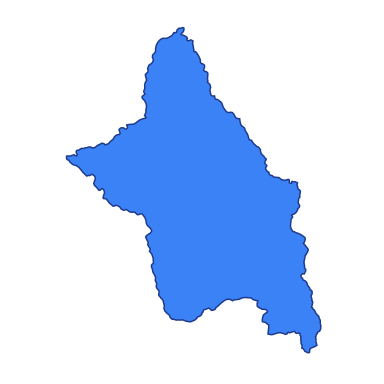 Vilcas Huaman, Ayacucho, Peru, rotated 178°
{"feature_id": "86281439B2883679079046", "entity_name": "Vilcas Huaman", "entity_type": "district", "adm_level": 2, "iso_a3": "PER", "parent_name": "Peru", "parent_adm1": "Ayacucho", "projection": "mercator", "projection_center": [-73.905, -13.674], "detail": "fine", "context": "isolated", "style": "filled", "palette": "blue", "viewbox_px": 384, "rotation_deg": 178, "n_neighbors": 0, "source": "geoboundaries", "source_scale": "gbopen_adm2", "svg_char_len": 5883}
<svg xmlns="http://www.w3.org/2000/svg" viewBox="0 0 384 384"><g transform="rotate(178 192 192)"><path d="M314.1,228.2L313.0,226.2L310.2,223.6L306.6,222.4L303.9,220.3L300.3,215.4L296.6,211.6L294.9,212.2L293.6,212.0L292.1,212.9L291.1,213.1L288.6,211.1L288.2,209.9L288.3,208.3L289.9,204.0L289.2,201.9L287.3,200.1L284.9,196.9L283.8,197.0L281.9,198.6L281.4,198.5L280.6,197.8L279.8,196.4L279.5,195.0L279.6,193.8L280.8,190.7L281.0,189.1L280.4,188.4L278.7,188.4L277.6,187.6L275.0,183.9L271.4,180.6L270.6,180.6L268.5,181.3L267.2,181.1L264.8,179.7L263.5,177.6L261.5,176.4L260.8,176.1L258.1,176.8L255.2,174.4L253.7,174.0L249.8,173.8L247.8,171.5L246.7,171.1L244.2,172.0L242.6,171.8L240.0,168.2L238.9,164.8L238.8,162.5L237.9,160.3L235.1,157.4L234.1,156.0L233.7,154.6L233.8,154.0L235.1,152.4L238.5,150.4L239.9,148.8L239.3,146.9L237.7,143.7L237.7,142.3L238.1,141.4L237.8,140.1L235.8,136.8L236.0,135.5L236.6,134.3L234.4,131.4L233.2,127.6L233.0,122.7L233.3,122.1L234.9,120.6L235.2,119.1L234.1,115.3L233.9,113.4L231.9,109.6L231.4,107.8L231.8,104.9L230.4,101.4L231.0,99.8L230.8,97.5L228.4,94.2L228.4,93.0L228.9,90.6L228.7,89.6L227.4,88.2L227.0,87.2L225.3,85.7L224.5,83.6L223.6,79.2L224.1,76.8L223.4,74.2L221.5,71.9L219.2,69.9L218.6,69.1L218.3,67.5L216.3,65.4L215.2,65.6L212.0,64.5L210.9,64.7L207.9,64.4L206.0,64.6L201.9,62.9L198.0,62.3L193.5,64.0L191.8,65.4L190.4,67.3L188.9,67.4L187.3,68.5L186.3,69.8L186.3,70.8L185.1,71.8L185.1,72.5L184.2,73.9L181.2,74.7L179.6,75.4L179.0,75.3L176.6,73.0L173.5,73.6L172.7,74.3L172.1,75.8L170.7,76.5L167.0,79.8L163.7,82.2L161.1,83.5L158.6,83.5L156.7,82.9L155.3,81.9L153.6,82.7L148.4,83.2L145.4,84.5L142.2,84.7L137.0,84.1L135.9,83.6L135.1,82.6L133.9,82.0L130.0,80.9L130.8,78.3L130.8,76.0L130.7,75.4L129.2,74.2L126.1,72.4L122.2,72.0L121.0,70.5L120.8,69.7L121.2,69.1L123.0,68.1L125.0,66.5L126.1,62.8L126.3,60.7L126.1,59.9L123.2,59.1L119.8,56.1L121.0,47.4L118.3,46.7L116.5,46.7L112.3,47.9L110.0,48.3L108.5,48.3L105.9,47.5L103.4,46.4L101.8,47.1L101.5,48.1L100.5,48.5L99.9,47.9L98.9,48.0L94.8,49.2L94.3,49.1L93.3,47.4L92.7,47.1L89.3,47.2L89.0,45.3L88.2,43.4L88.5,40.5L88.2,39.5L88.3,36.7L87.2,34.4L87.7,32.2L86.1,31.3L84.7,28.8L81.7,27.3L80.8,27.3L80.2,27.7L79.7,30.6L78.7,31.8L74.5,33.3L72.5,34.4L73.4,38.2L73.2,41.3L73.8,42.9L73.1,43.5L72.8,45.0L71.9,45.9L71.5,47.2L70.4,48.1L69.4,48.3L68.1,50.9L68.2,52.1L67.8,53.2L68.4,56.2L68.3,59.3L69.4,61.7L69.5,63.0L70.3,64.1L71.1,64.4L71.4,65.3L72.7,66.9L73.0,68.1L74.0,69.9L75.0,70.4L75.4,71.8L76.6,72.7L75.8,74.9L75.7,76.2L75.1,77.3L75.6,78.3L75.5,79.0L76.2,79.7L75.9,80.9L76.6,83.2L76.6,84.3L75.7,85.6L75.4,86.8L75.7,87.5L75.4,88.0L75.5,88.6L76.0,89.5L77.4,90.1L77.6,91.7L80.1,95.3L80.2,96.9L80.8,98.0L81.9,99.2L84.2,100.3L84.5,101.8L85.7,103.0L86.1,103.8L85.7,105.4L84.4,106.5L82.8,106.1L81.1,109.3L81.0,110.4L82.2,112.4L82.1,114.0L82.6,118.1L81.4,122.6L81.4,124.1L80.0,125.7L79.4,127.0L78.6,128.0L77.9,130.2L78.0,130.9L82.4,136.9L81.4,138.1L80.5,140.5L80.6,142.3L81.9,143.6L85.6,146.2L90.1,148.0L90.9,148.6L92.7,149.1L94.3,152.0L94.8,154.5L93.9,161.4L92.3,163.4L92.6,164.3L93.4,165.2L92.8,165.8L90.5,166.5L88.3,168.4L87.0,170.7L86.9,171.8L85.7,172.5L85.1,173.5L84.9,174.8L86.0,176.7L86.2,178.1L85.5,182.0L84.3,183.2L84.5,184.8L83.6,189.0L84.4,190.3L85.6,191.0L86.3,192.5L86.2,193.9L86.6,194.6L86.8,195.9L86.2,197.5L88.5,198.6L91.6,199.0L91.9,198.9L92.2,197.3L93.5,197.3L94.5,198.1L94.3,200.3L94.7,201.1L95.9,201.2L98.6,200.4L102.0,201.1L104.6,203.4L109.5,204.0L111.5,205.7L113.0,206.0L113.8,206.6L114.3,207.7L114.5,209.1L116.0,210.0L116.9,211.1L117.7,213.1L117.6,213.8L116.4,215.3L116.3,215.9L118.3,218.1L117.8,220.4L116.9,221.4L116.7,222.4L117.6,223.1L119.2,225.5L121.3,227.5L122.0,229.6L122.2,232.0L123.2,233.6L124.3,234.7L125.4,235.1L128.3,237.8L129.6,239.5L130.8,241.7L132.6,242.0L133.2,242.6L134.0,246.2L134.8,248.4L136.4,250.9L137.2,254.0L140.6,257.0L141.5,260.4L141.8,263.6L143.3,263.6L145.7,264.7L147.4,268.2L148.9,270.0L150.6,270.4L152.6,270.0L154.8,271.0L157.7,275.3L159.1,279.7L159.7,280.7L163.3,283.6L165.0,283.8L165.7,284.2L166.1,287.2L168.3,287.2L169.7,288.2L170.6,293.2L169.7,296.0L170.0,297.7L170.5,299.1L172.7,301.2L172.2,302.7L172.6,304.2L172.0,309.6L172.2,310.5L173.2,311.6L174.8,312.1L176.0,313.0L176.2,313.6L175.1,316.2L175.1,318.3L176.5,319.5L177.9,320.0L178.5,320.4L179.1,321.6L179.1,323.9L180.7,327.9L182.7,331.3L183.7,332.2L184.8,332.2L185.3,332.6L185.2,334.1L186.2,340.8L185.7,342.8L187.4,343.9L188.1,344.0L190.1,343.2L191.4,343.6L191.9,344.2L191.2,345.8L191.9,347.0L195.0,349.0L196.5,349.2L197.2,349.6L197.4,350.0L197.1,350.7L195.8,351.7L194.8,353.1L194.3,355.2L194.4,356.1L194.8,356.5L195.6,356.7L197.1,356.0L199.2,356.2L201.1,354.7L202.2,351.8L204.5,351.9L206.6,349.0L210.9,346.8L212.9,346.4L215.7,346.7L218.2,345.6L220.4,343.5L222.3,340.5L223.3,337.2L223.6,333.7L224.5,332.1L226.6,330.3L226.9,327.9L226.1,326.2L226.0,325.5L226.8,323.1L228.5,321.5L230.3,320.5L231.0,319.6L232.0,316.9L231.6,314.4L231.8,313.5L234.2,311.5L234.6,310.7L233.5,305.4L235.1,302.5L235.6,300.4L235.5,297.4L236.8,294.0L235.6,291.5L238.2,289.5L238.7,288.7L238.2,287.1L236.2,285.0L234.7,281.7L234.5,278.7L235.3,275.2L235.2,273.3L236.8,270.0L235.3,268.1L235.5,267.5L238.6,266.9L241.8,265.8L247.3,262.0L254.4,261.5L254.9,261.3L255.0,260.9L254.3,259.8L254.2,258.6L255.7,257.0L256.7,257.3L257.8,258.3L258.7,258.6L260.6,258.6L261.7,258.0L262.6,257.1L262.8,256.5L261.8,253.7L262.2,252.3L262.6,252.0L264.0,251.9L266.1,251.2L267.7,249.7L268.8,247.7L271.8,245.4L274.0,243.0L276.0,242.6L277.0,242.0L278.5,243.5L280.6,243.9L282.3,242.9L284.6,242.0L287.9,239.6L290.2,239.7L292.2,240.6L293.9,240.5L295.5,240.0L297.4,239.8L298.8,239.2L300.5,239.5L301.4,239.3L303.7,237.8L305.4,237.7L306.1,237.1L306.4,236.2L306.2,235.0L305.5,233.9L305.3,233.1L306.0,232.3L307.0,232.2L308.2,233.2L309.3,233.2L312.8,232.1L315.3,232.4L316.2,232.1L316.2,230.0L315.9,229.1L315.3,228.5L314.1,228.2Z" fill="#3b82f6" stroke="#1e3a8a" stroke-width="1.5"/></g></svg>